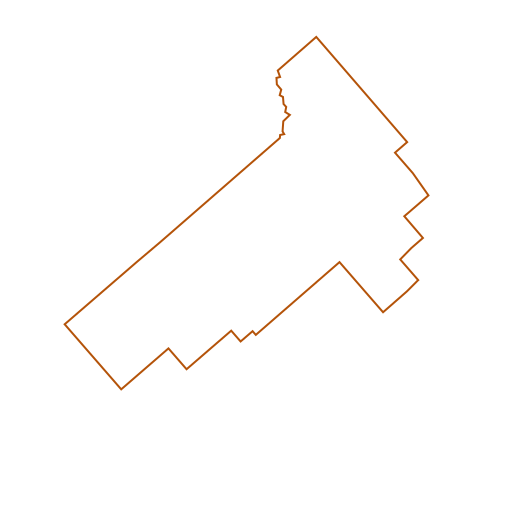 the district of Bingham, Idaho, United States of America, rotated 139°
{"feature_id": "52423323B26236891190043", "entity_name": "Bingham", "entity_type": "district", "adm_level": 2, "iso_a3": "USA", "parent_name": "United States of America", "parent_adm1": "Idaho", "projection": "robinson", "projection_center": [-112.557, 43.245], "detail": "fine", "context": "isolated", "style": "outline", "palette": "amber", "viewbox_px": 512, "rotation_deg": 139, "n_neighbors": 0, "source": "geoboundaries", "source_scale": "gbopen_adm2", "svg_char_len": 675}
<svg xmlns="http://www.w3.org/2000/svg" viewBox="0 0 512 512"><g transform="rotate(139 256 256)"><path d="M67.0,300.1L66.8,381.8L117.9,381.7L120.4,375.3L123.7,377.0L127.7,371.8L127.8,365.0L132.6,361.8L131.3,358.3L135.5,352.6L135.4,348.7L139.5,345.5L137.9,340.3L147.0,339.8L154.2,332.6L154.8,329.5L158.4,331.5L160.6,329.4L318.9,329.3L349.8,329.7L445.2,330.0L445.2,243.8L382.7,243.7L382.7,216.1L349.8,216.0L323.7,215.9L323.7,201.6L307.9,201.5L307.9,196.6L197.0,196.6L197.0,130.2L165.3,130.3L149.9,131.4L149.4,131.4L149.4,158.8L133.6,160.1L118.2,160.1L118.0,188.7L86.1,188.6L83.3,215.6L83.3,242.8L67.2,242.8L67.0,300.1Z" fill="none" stroke="#b45309" stroke-width="2"/></g></svg>